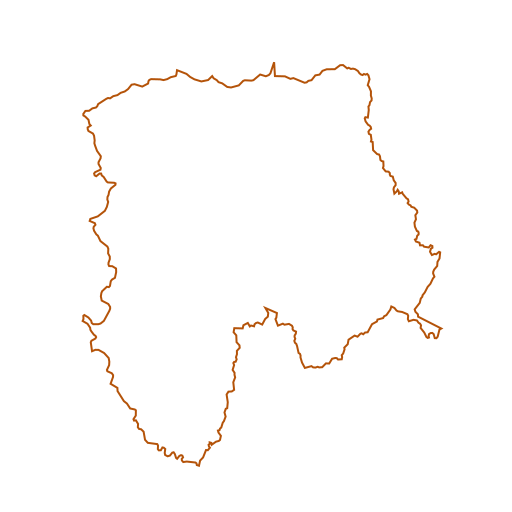 the district of Nova Monte Verde, Mato Grosso, Brazil, rotated 170°
{"feature_id": "56859067B49038615674906", "entity_name": "Nova Monte Verde", "entity_type": "district", "adm_level": 2, "iso_a3": "BRA", "parent_name": "Brazil", "parent_adm1": "Mato Grosso", "projection": "natural_earth1", "projection_center": [-57.251, -9.927], "detail": "fine", "context": "isolated", "style": "outline", "palette": "amber", "viewbox_px": 512, "rotation_deg": 170, "n_neighbors": 0, "source": "geoboundaries", "source_scale": "gbopen_adm2", "svg_char_len": 6052}
<svg xmlns="http://www.w3.org/2000/svg" viewBox="0 0 512 512"><g transform="rotate(170 256 256)"><path d="M396.5,264.4L398.7,259.0L401.9,257.8L403.4,256.4L405.0,251.9L406.3,250.9L408.2,251.6L413.6,248.1L414.7,246.4L415.8,243.2L415.7,238.9L409.8,234.4L408.5,231.2L408.8,229.4L410.0,227.4L417.1,218.5L420.8,216.5L423.2,216.2L428.1,217.1L429.4,218.5L429.6,221.0L431.8,224.6L435.3,227.7L436.4,227.1L436.9,223.8L438.0,222.1L433.7,218.5L431.8,214.2L431.9,212.1L431.2,210.3L429.3,206.6L427.9,205.2L427.5,203.9L428.5,202.6L432.8,201.1L433.7,199.7L434.0,190.7L430.5,191.5L427.4,190.9L422.4,186.8L418.8,181.1L418.8,177.4L419.6,174.0L422.6,169.7L422.4,168.3L418.4,165.6L417.4,163.5L417.8,161.7L421.4,155.4L415.4,150.2L415.8,147.0L411.3,136.0L408.7,133.1L406.4,127.7L402.0,125.9L401.1,124.9L402.1,119.7L405.0,116.6L404.7,115.1L402.8,115.0L401.3,111.1L402.1,107.9L401.2,106.0L399.2,105.3L397.2,102.5L397.2,94.3L395.0,90.8L385.9,87.9L385.4,86.3L386.2,82.9L385.5,81.5L383.5,81.2L381.4,83.7L380.1,83.2L378.9,81.7L380.1,77.9L380.0,75.8L377.8,74.1L375.4,74.4L372.6,76.9L371.2,77.0L370.3,75.0L369.8,71.1L368.9,70.0L366.2,72.4L364.4,72.9L363.2,72.2L362.8,70.4L364.4,69.0L364.5,67.5L363.4,65.7L359.9,65.6L351.4,63.1L350.6,62.1L350.6,60.4L348.6,59.3L346.6,64.2L343.1,66.8L338.9,73.6L337.2,73.1L334.7,75.2L335.4,76.6L335.5,78.3L334.2,79.0L334.0,80.5L332.4,79.7L332.4,77.8L327.6,80.1L324.8,80.3L323.4,81.1L321.8,85.0L323.6,88.6L323.8,90.7L322.2,90.8L321.4,92.3L320.0,93.1L317.7,97.6L316.3,98.9L313.8,103.1L314.2,107.4L312.3,110.8L310.8,111.1L309.2,116.9L309.0,124.7L306.7,127.2L303.4,126.8L300.8,128.0L300.3,135.6L297.6,140.1L297.8,142.7L297.4,144.7L298.8,147.9L296.5,152.4L296.9,154.5L295.9,155.5L294.4,155.4L293.0,157.6L293.3,159.8L291.8,162.6L291.3,165.9L288.0,168.4L287.8,170.9L290.1,174.5L289.2,181.3L291.3,184.8L289.9,188.7L281.7,187.0L280.4,190.0L275.7,191.5L274.3,187.7L273.0,188.4L270.1,187.1L269.3,189.0L267.6,190.0L265.8,190.2L261.8,187.4L257.9,192.4L254.9,194.2L253.8,197.8L255.8,203.2L245.3,196.2L246.7,191.7L247.8,190.5L246.5,183.6L241.3,184.7L239.9,183.4L235.3,183.4L232.7,181.1L232.2,179.4L232.7,177.7L232.1,176.2L229.7,174.6L230.3,172.6L231.7,171.1L232.1,169.7L231.7,167.7L233.0,165.8L232.7,163.8L231.6,162.5L231.2,160.2L230.9,153.1L229.7,152.0L229.4,150.3L229.8,148.4L229.2,143.1L227.3,137.3L220.5,137.9L219.1,136.4L216.8,135.8L214.5,136.2L213.1,135.3L210.1,135.0L205.8,138.1L202.6,137.4L198.9,141.6L195.7,141.8L194.2,141.4L193.2,139.8L189.5,139.4L188.7,141.5L188.8,143.4L187.1,144.8L185.0,148.7L185.0,150.4L181.0,153.2L179.4,157.5L172.7,160.5L170.0,158.9L166.7,161.3L165.4,161.5L164.0,160.3L161.9,161.7L159.3,161.5L153.6,168.7L148.3,170.5L147.4,172.3L141.6,172.8L140.3,174.4L137.9,175.1L133.0,179.9L131.5,182.8L128.7,180.8L127.1,177.9L125.9,176.9L121.8,175.5L117.0,172.4L116.5,170.7L117.4,167.5L116.8,165.2L112.0,165.8L108.7,164.6L107.5,162.0L106.2,160.9L105.5,159.1L106.4,156.6L103.6,151.4L102.2,146.6L101.1,145.5L99.8,145.7L99.9,147.3L99.1,149.1L97.3,149.8L95.7,149.6L94.6,148.2L94.2,144.1L92.6,143.7L91.1,145.0L88.1,151.7L86.1,152.4L106.9,168.1L106.7,170.5L108.7,173.4L109.0,175.9L102.9,181.4L101.1,185.5L99.3,187.0L98.8,188.4L96.1,190.8L92.3,195.8L89.1,198.3L85.6,203.2L83.9,204.6L84.6,208.1L84.2,209.7L82.9,211.7L79.3,214.7L78.3,218.7L75.7,221.7L74.0,227.6L75.0,228.3L78.3,226.4L79.7,227.1L82.6,226.4L83.9,230.0L82.5,232.8L80.8,233.5L80.6,235.2L82.2,236.3L84.4,234.4L88.9,236.0L89.8,237.6L92.6,238.0L92.7,240.7L96.0,242.5L96.6,244.6L95.0,245.0L93.7,248.0L92.2,248.9L91.8,250.4L92.0,251.9L93.2,252.7L94.4,257.3L94.2,261.3L92.1,264.4L92.0,268.5L89.6,270.8L89.5,272.7L91.8,276.1L94.5,277.5L95.0,279.0L96.6,280.2L97.5,281.8L96.3,283.1L96.4,285.4L97.8,286.7L100.8,291.9L101.0,293.3L104.3,292.5L104.2,294.8L105.0,296.6L106.0,295.3L108.9,293.4L109.0,297.9L108.2,299.7L106.2,301.5L105.8,303.7L107.2,306.6L107.5,310.4L109.7,311.5L110.1,312.9L109.8,314.4L110.8,316.0L113.6,316.8L115.7,320.6L114.8,322.4L114.2,327.0L115.8,327.7L116.8,329.0L116.6,332.7L117.2,334.6L119.0,335.3L122.3,339.9L121.3,348.0L122.9,348.8L122.1,350.5L121.9,355.4L123.6,356.7L123.7,358.9L122.2,360.5L120.5,361.3L120.6,363.2L121.5,364.7L122.8,365.7L124.7,369.5L125.0,372.7L124.2,373.7L121.8,372.9L119.6,380.2L119.3,383.7L118.1,384.8L117.0,387.7L115.2,389.1L114.7,391.1L115.0,394.1L114.2,398.2L115.3,403.0L116.3,404.8L113.5,410.4L113.9,414.4L114.9,416.0L116.6,415.6L118.1,416.5L119.6,415.7L121.0,416.4L122.4,418.0L123.5,420.5L126.0,422.8L128.0,423.7L130.0,423.7L132.1,425.3L133.6,424.9L137.1,428.9L140.0,429.3L145.9,426.3L154.0,427.6L158.4,426.8L161.9,423.6L166.2,423.6L170.8,419.5L174.0,419.4L176.0,418.2L178.1,418.2L188.3,424.7L191.4,424.5L196.3,427.9L206.1,429.9L204.5,443.7L210.1,433.4L211.9,432.0L215.1,431.3L220.4,434.0L228.0,429.6L230.0,429.5L236.5,431.0L238.2,430.7L243.3,427.0L251.3,426.3L255.0,427.5L259.3,431.9L262.7,433.7L264.1,436.0L266.9,438.4L267.9,440.8L272.6,437.6L279.5,437.4L286.0,440.7L289.8,443.8L292.8,447.4L301.5,452.7L302.9,448.5L303.8,447.2L308.9,446.9L312.7,445.6L316.5,445.3L319.7,446.6L328.6,448.4L330.5,447.9L331.5,446.9L332.3,444.6L338.6,442.6L345.8,446.3L348.8,446.3L353.0,442.6L356.7,440.8L360.9,440.2L364.5,438.5L368.8,438.2L372.3,436.6L374.3,437.3L376.1,436.8L385.1,433.0L386.3,431.1L387.8,430.0L391.5,429.8L395.1,428.0L398.8,428.5L401.4,425.9L401.6,424.4L400.0,423.0L397.3,419.2L397.2,415.0L396.1,413.2L399.5,411.8L399.7,409.9L399.3,408.2L395.3,404.9L394.6,402.6L394.8,397.9L395.6,395.1L395.3,392.6L394.3,387.1L391.5,381.2L392.1,379.2L394.8,375.7L395.1,374.0L393.6,369.6L394.2,368.0L399.9,366.5L401.1,365.4L400.9,363.4L399.5,362.3L395.7,364.4L394.2,364.1L393.9,362.1L392.3,360.3L390.2,355.3L389.2,354.2L382.8,352.7L381.7,351.9L382.1,350.5L387.2,347.7L389.5,344.9L390.6,341.8L392.0,339.9L392.6,337.4L392.2,334.9L394.4,330.2L397.0,326.7L404.9,322.5L412.7,321.3L413.7,319.4L409.0,316.3L408.7,314.6L410.7,313.0L411.3,311.5L411.1,309.0L409.5,305.0L408.2,303.5L406.6,297.7L400.7,291.1L400.2,288.8L401.2,284.2L400.1,280.9L400.5,278.3L402.4,275.0L402.8,273.3L402.4,271.6L399.3,270.9L396.0,268.0L396.5,264.4Z" fill="none" stroke="#b45309" stroke-width="2"/></g></svg>